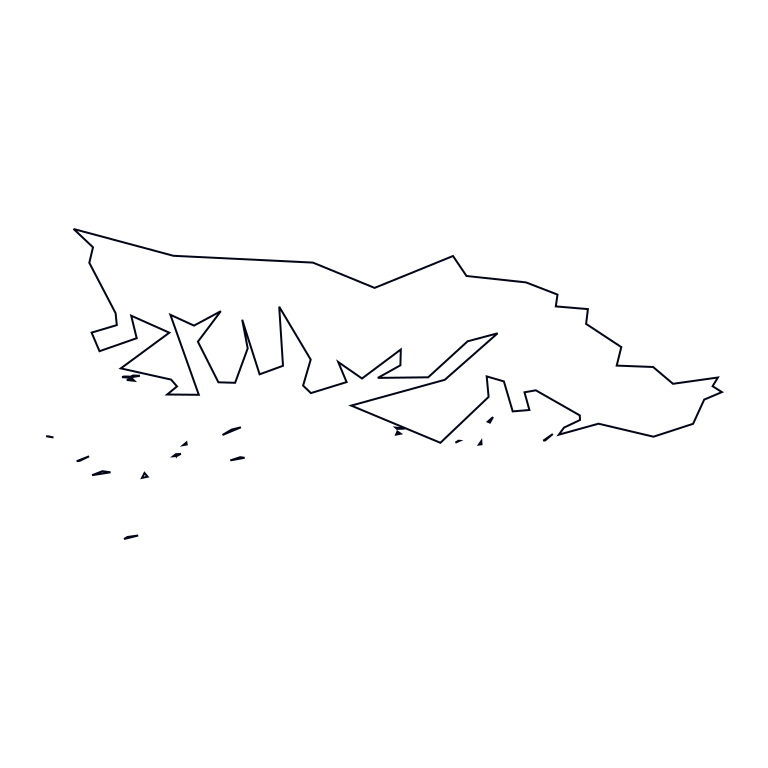 Reykhólahreppur, Vestfirðir, Iceland (Robinson projection)
{"feature_id": "244011B19971250001035", "entity_name": "Reykhólahreppur", "entity_type": "district", "adm_level": 2, "iso_a3": "ISL", "parent_name": "Iceland", "parent_adm1": "Vestfirðir", "projection": "robinson", "projection_center": [-22.458, 65.5], "detail": "medium", "context": "isolated", "style": "outline", "palette": "ink", "viewbox_px": 768, "rotation_deg": 0, "n_neighbors": 0, "source": "geoboundaries", "source_scale": "gbopen_adm2", "svg_char_len": 1930}
<svg xmlns="http://www.w3.org/2000/svg" viewBox="0 0 768 768"><path d="M721.9,392.1L712.6,386.2L717.9,377.5L673.0,383.8L653.1,367.0L616.7,365.6L621.3,347.1L586.1,323.9L587.9,309.1L555.8,306.4L557.5,294.6L526.0,282.4L466.5,276.0L453.0,256.0L374.6,287.9L312.9,262.6L173.5,255.8L73.6,229.0L93.0,247.3L89.3,262.8L115.6,313.2L116.8,325.1L91.6,332.6L99.5,351.2L136.7,338.2L131.2,315.7L169.3,332.7L120.8,368.4L171.1,379.6L177.0,386.4L167.2,394.5L198.8,394.8L170.4,314.8L194.0,325.6L220.8,311.2L197.9,341.7L218.4,382.3L235.1,382.8L247.7,348.4L242.2,319.7L259.6,374.3L283.0,365.8L279.2,306.7L310.7,359.6L303.1,385.6L310.9,393.1L346.6,382.1L338.2,362.0L362.0,378.5L400.8,349.5L400.4,365.3L377.8,377.9L428.2,377.3L467.6,341.3L497.6,333.3L444.8,379.8L351.2,405.6L440.4,442.8L488.6,396.9L486.7,376.4L503.9,381.4L512.7,411.4L529.4,410.0L524.5,392.3L535.8,390.3L579.8,415.4L580.0,420.0L564.0,427.6L558.8,434.7L598.5,423.7L653.5,436.7L693.1,423.8L704.2,399.6L721.9,392.1ZM110.5,472.3L102.4,471.2L92.1,475.2L110.5,472.3ZM222.5,435.0L240.9,427.3L231.6,429.6L222.5,435.0ZM147.6,476.7L144.5,473.0L142.0,477.9L147.6,476.7ZM489.9,422.6L493.0,417.1L487.8,421.7L489.9,422.6ZM400.6,433.7L397.4,431.5L396.1,434.6L400.6,433.7ZM139.9,375.8L133.0,375.5L131.2,376.4L131.3,377.0L129.4,376.6L123.9,376.5L122.1,377.2L129.2,377.6L139.9,375.8ZM134.3,380.8L132.1,378.6L126.8,380.0L134.3,380.8ZM404.8,428.6L395.6,427.6L397.0,428.9L404.8,428.6ZM48.8,436.4L46.1,436.2L53.5,437.5L48.8,436.4ZM481.5,444.3L481.3,441.1L478.9,444.6L481.5,444.3ZM138.2,535.5L127.4,537.0L124.1,539.0L138.2,535.5ZM545.2,440.4L552.8,434.0L543.3,440.7L545.2,440.4ZM186.7,444.5L186.4,442.5L183.3,445.1L186.7,444.5ZM244.6,457.8L240.2,457.2L230.3,460.4L244.6,457.8ZM176.5,456.1L180.9,453.8L176.6,454.3L176.3,455.5L175.8,454.3L173.2,456.3L176.5,456.1ZM79.8,460.8L89.1,456.3L76.7,461.2L79.8,460.8ZM458.5,440.7L455.4,442.7L459.6,440.8L458.5,440.7Z" fill="none" stroke="#020617" stroke-width="2"/></svg>